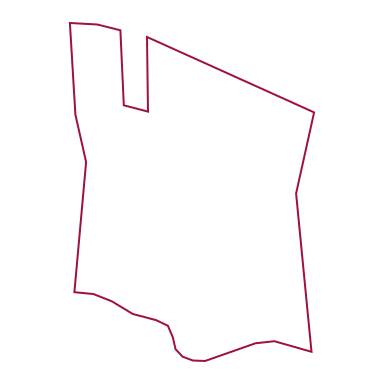 map outline of Tuamasaga (Natural Earth projection)
{"feature_id": "WSM-4984", "entity_name": "Tuamasaga", "entity_type": "state/province", "adm_level": 1, "iso_a3": "WSM", "parent_name": "Samoa", "parent_adm1": "", "projection": "natural_earth1", "projection_center": [-171.78, -13.929], "detail": "fine", "context": "isolated", "style": "outline", "palette": "rose", "viewbox_px": 384, "rotation_deg": 0, "n_neighbors": 0, "source": "natural_earth", "source_scale": "10m", "svg_char_len": 427}
<svg xmlns="http://www.w3.org/2000/svg" viewBox="0 0 384 384"><path d="M147.0,37.0L314.1,112.4L296.1,193.5L311.5,351.8L274.3,341.2L255.4,343.3L205.0,361.0L192.9,360.5L182.6,356.7L175.5,349.1L172.9,337.5L167.9,325.8L156.3,320.2L132.8,314.0L111.8,301.3L93.3,294.0L74.4,292.2L81.6,212.2L86.1,162.0L75.4,114.7L69.9,23.0L97.3,24.5L120.4,30.3L123.8,105.3L148.0,111.6L147.0,37.0Z" fill="none" stroke="#9f1239" stroke-width="2"/></svg>